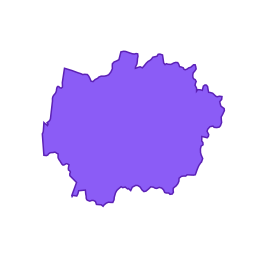 Dungun, Terengganu, Malaysia (Natural Earth projection), rotated 205°
{"feature_id": "92858781B15989569853600", "entity_name": "Dungun", "entity_type": "district", "adm_level": 2, "iso_a3": "MYS", "parent_name": "Malaysia", "parent_adm1": "Terengganu", "projection": "natural_earth1", "projection_center": [103.127, 4.682], "detail": "fine", "context": "isolated", "style": "filled", "palette": "violet", "viewbox_px": 256, "rotation_deg": 205, "n_neighbors": 0, "source": "geoboundaries", "source_scale": "gbopen_adm2", "svg_char_len": 3336}
<svg xmlns="http://www.w3.org/2000/svg" viewBox="0 0 256 256"><g transform="rotate(205 128 128)"><path d="M47.0,128.1L47.4,131.9L49.4,133.7L50.4,134.6L51.9,136.4L53.5,139.6L54.1,142.5L52.9,144.5L54.0,146.5L55.7,147.4L57.5,151.5L54.9,152.1L52.1,152.6L51.6,154.4L52.1,156.2L55.0,158.5L55.2,160.7L54.3,163.8L51.8,165.6L50.2,165.0L47.7,165.9L45.7,167.4L45.2,169.2L45.5,172.6L46.9,174.9L48.2,177.3L48.0,180.2L48.0,184.5L49.1,186.3L51.3,186.7L53.2,187.2L54.9,189.2L56.0,190.6L55.2,193.5L56.1,196.2L58.5,195.5L60.4,194.0L61.9,193.9L63.9,194.6L66.0,195.3L68.5,194.9L70.0,194.4L71.7,196.7L73.3,199.1L75.0,200.0L76.4,199.6L77.4,197.8L77.0,195.8L76.6,193.5L78.9,193.1L81.0,192.2L81.4,190.3L82.7,193.1L85.3,195.1L85.8,197.3L85.8,198.9L87.5,200.2L89.2,200.3L90.5,201.2L91.7,203.4L92.2,205.6L91.6,207.6L91.2,210.3L92.5,212.2L93.9,213.7L95.1,213.1L95.3,213.0L96.9,209.4L98.3,208.3L99.4,206.3L100.8,204.9L102.2,204.9L103.3,205.9L105.5,205.8L107.2,205.4L108.9,207.2L110.6,208.3L112.5,207.6L114.0,206.3L115.9,203.8L118.7,202.7L120.4,202.5L121.2,201.1L123.2,202.1L125.6,205.8L127.6,208.8L130.3,208.5L131.8,207.6L132.1,205.2L133.7,204.0L135.4,202.7L135.9,200.2L136.7,198.5L137.9,196.9L138.8,194.6L139.6,191.3L140.4,188.6L142.9,188.6L144.9,186.8L146.5,185.2L147.0,186.5L147.0,189.9L147.9,192.8L148.7,194.8L149.3,197.3L150.6,199.3L152.1,198.9L153.4,197.8L155.5,197.1L159.0,196.7L162.4,196.4L164.4,195.7L166.6,194.0L166.3,192.4L165.7,189.2L165.1,186.1L166.8,183.8L168.5,182.0L169.3,179.6L168.5,177.6L167.2,175.1L167.2,171.5L168.0,168.1L169.6,166.3L171.5,164.9L174.3,163.6L176.0,161.8L176.5,160.2L178.3,158.0L179.3,155.3L181.3,154.8L183.2,156.6L185.5,158.4L187.4,159.3L189.9,158.4L191.7,157.3L193.8,157.3L196.7,156.9L203.1,156.4L210.8,155.3L206.7,141.3L205.3,138.7L204.7,137.3L205.3,136.0L206.5,135.7L207.6,136.0L208.3,136.3L209.2,136.0L209.5,135.1L209.4,134.1L209.1,132.8L208.6,131.5L208.4,129.5L208.8,127.4L209.2,126.2L209.3,124.4L209.0,123.0L208.5,121.9L207.8,120.4L202.2,103.6L202.1,101.7L202.9,99.9L203.6,98.6L202.1,97.8L202.0,96.2L204.2,96.8L204.8,96.8L206.5,97.4L203.4,89.3L203.1,87.7L203.2,86.5L192.7,67.7L190.3,68.5L189.3,69.6L189.1,70.8L188.5,72.1L187.7,72.9L186.5,73.6L185.6,74.0L184.5,75.0L183.5,75.3L181.9,75.0L180.5,75.0L179.9,73.9L179.1,72.0L178.5,71.2L176.9,70.0L175.6,69.3L174.3,68.4L172.4,67.2L171.2,66.9L170.2,67.7L168.9,69.6L167.9,69.9L165.9,69.7L165.5,67.8L165.0,66.1L164.2,64.8L162.6,64.5L161.6,63.7L161.4,61.8L160.5,60.2L151.6,56.9L150.4,43.0L149.7,42.3L149.5,43.6L147.4,44.2L145.7,44.7L145.6,47.2L146.2,50.3L140.4,53.7L138.4,50.3L137.1,48.5L136.2,46.7L135.1,45.6L133.7,45.4L131.7,45.6L130.1,47.2L128.5,47.8L126.4,47.6L124.3,45.4L123.2,45.8L119.8,47.1L117.5,46.5L117.2,48.1L115.9,50.8L114.3,52.5L112.3,53.2L110.3,54.1L110.3,57.0L111.2,59.5L111.9,64.0L111.7,66.7L110.9,68.8L109.4,71.9L107.6,71.7L105.6,73.3L102.6,72.6L102.0,73.3L99.1,72.4L99.1,73.9L99.1,76.2L96.7,79.3L94.7,80.0L92.0,79.6L89.2,77.8L86.7,77.1L85.0,78.4L83.6,81.4L82.5,84.3L80.0,85.1L78.0,84.9L76.4,85.4L74.6,87.4L72.1,87.8L69.7,87.0L67.5,85.1L66.1,85.2L63.5,86.3L61.9,85.6L60.0,86.9L59.7,89.0L60.7,90.5L61.5,92.6L60.7,94.4L59.9,95.9L59.3,98.6L59.4,101.3L60.5,104.1L59.1,106.8L57.4,107.9L55.4,108.8L54.6,110.6L51.8,111.7L48.7,113.0L47.3,114.0L47.4,115.9L47.7,118.7L47.9,122.0L47.9,124.1L47.3,127.9L47.0,128.1Z" fill="#8b5cf6" stroke="#5b21b6" stroke-width="1.5"/></g></svg>